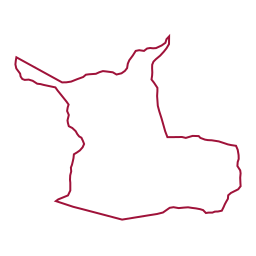 Igarassu, Pernambuco, Brazil
{"feature_id": "56859067B26205413657265", "entity_name": "Igarassu", "entity_type": "district", "adm_level": 2, "iso_a3": "BRA", "parent_name": "Brazil", "parent_adm1": "Pernambuco", "projection": "mercator", "projection_center": [-34.962, -7.796], "detail": "fine", "context": "isolated", "style": "outline", "palette": "rose", "viewbox_px": 256, "rotation_deg": 0, "n_neighbors": 0, "source": "geoboundaries", "source_scale": "gbopen_adm2", "svg_char_len": 1843}
<svg xmlns="http://www.w3.org/2000/svg" viewBox="0 0 256 256"><path d="M218.0,211.5L221.8,210.7L223.6,207.1L224.8,204.3L226.2,201.7L227.9,198.8L228.2,195.3L231.0,192.9L238.2,189.3L240.6,186.2L240.4,182.7L240.2,177.7L240.6,173.3L240.2,170.4L237.4,166.0L237.7,162.0L238.7,159.0L238.6,155.1L237.7,149.8L236.0,145.8L231.3,145.1L227.9,144.4L223.7,143.0L218.8,141.4L211.8,140.3L207.8,140.1L204.9,139.6L200.4,137.9L198.7,136.1L192.6,135.9L185.8,137.9L182.0,137.0L174.6,137.1L167.4,137.1L165.2,131.3L161.6,118.6L159.3,111.4L157.8,105.8L157.1,96.0L157.4,91.2L157.4,87.8L154.0,82.7L151.5,79.5L152.1,75.7L152.3,72.4L152.1,68.2L152.2,64.7L153.5,61.6L155.9,59.2L160.2,55.6L163.8,51.7L166.5,48.3L169.0,44.1L169.1,36.4L166.5,39.2L165.4,42.8L161.6,45.5L156.0,48.1L153.1,48.3L150.1,48.0L147.1,48.5L144.0,50.9L139.2,50.2L135.7,50.9L132.8,55.5L129.3,60.2L127.8,63.7L127.1,68.1L124.8,71.0L121.5,73.3L116.5,74.5L112.8,72.3L105.8,71.4L102.9,71.1L99.4,72.2L95.9,73.8L88.9,74.3L85.9,74.7L83.2,77.0L77.4,79.1L71.1,81.6L66.4,82.3L62.1,82.4L16.4,57.3L15.8,60.6L15.4,64.4L16.3,68.5L20.1,73.6L20.6,76.5L22.3,79.0L24.7,79.9L28.7,79.6L32.7,80.8L37.2,83.7L40.6,84.1L43.6,84.9L55.4,87.4L57.5,90.4L63.3,97.6L66.8,102.0L68.6,104.6L67.7,107.4L67.1,111.0L68.8,115.0L67.5,120.4L67.9,122.9L68.8,126.2L72.3,128.0L75.7,131.2L77.3,134.1L79.1,136.4L81.4,137.7L83.0,141.1L84.1,144.0L82.6,147.3L79.9,150.4L77.2,152.3L73.9,154.3L73.5,158.1L72.9,160.9L72.0,164.7L70.9,167.6L71.2,171.4L70.2,175.4L70.0,179.8L70.3,182.7L70.3,190.5L68.0,195.4L62.4,197.7L58.2,199.4L55.9,201.1L73.2,206.8L81.8,209.0L103.9,214.8L122.1,219.6L148.7,215.3L157.0,214.0L163.0,212.5L166.4,210.1L169.7,207.8L173.5,207.2L178.7,208.1L183.9,207.6L188.1,207.3L192.0,207.9L196.0,208.4L200.2,209.2L203.1,210.1L205.9,213.0L208.6,212.6L212.4,212.6L214.9,211.6L218.0,211.5Z" fill="none" stroke="#9f1239" stroke-width="2"/></svg>